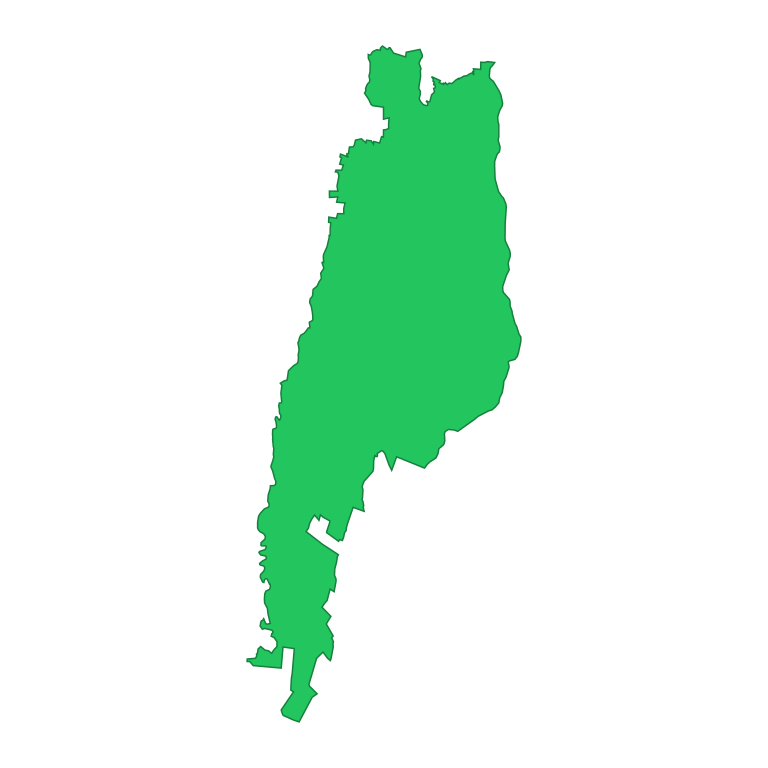 the district of Tuxtla Chico, Chiapas, Mexico
{"feature_id": "50627088B6965194159018", "entity_name": "Tuxtla Chico", "entity_type": "district", "adm_level": 2, "iso_a3": "MEX", "parent_name": "Mexico", "parent_adm1": "Chiapas", "projection": "equal_earth", "projection_center": [-92.217, 14.877], "detail": "fine", "context": "isolated", "style": "filled", "palette": "green", "viewbox_px": 768, "rotation_deg": 0, "n_neighbors": 0, "source": "geoboundaries", "source_scale": "gbopen_adm2", "svg_char_len": 6038}
<svg xmlns="http://www.w3.org/2000/svg" viewBox="0 0 768 768"><path d="M494.7,62.5L487.6,61.6L484.8,62.4L480.8,62.2L480.7,69.4L473.4,68.8L473.9,71.0L473.1,71.8L473.8,73.6L473.6,75.1L472.5,72.1L471.9,73.2L470.3,73.5L466.6,75.8L463.9,76.1L458.9,79.0L458.7,78.3L455.9,80.0L452.0,83.5L449.1,83.1L447.2,84.6L445.4,82.7L444.8,83.7L443.4,83.2L443.2,84.3L439.3,82.5L440.3,80.6L432.1,76.9L431.9,77.4L433.2,78.8L433.1,81.4L434.0,81.8L434.2,82.4L433.6,84.2L433.8,84.8L434.8,84.6L435.2,86.1L435.2,87.8L433.6,88.4L434.5,92.0L431.6,94.8L430.1,100.7L429.5,101.8L428.4,102.0L426.9,100.9L426.4,101.5L427.7,103.1L427.7,105.3L426.6,105.6L424.1,105.0L422.7,104.1L420.4,101.3L419.2,98.6L420.3,94.2L420.4,92.2L420.3,91.1L419.0,89.1L418.9,87.0L420.6,76.6L420.4,70.8L421.0,68.7L419.0,63.2L420.8,58.9L421.8,58.0L422.3,56.6L422.2,54.8L420.0,49.4L406.3,52.2L405.6,56.9L393.5,53.1L390.1,47.8L389.2,47.6L388.0,49.2L387.0,49.3L382.6,46.1L381.7,46.6L380.4,48.3L380.3,50.3L377.0,49.7L373.6,51.1L372.2,52.2L370.6,54.9L369.5,55.1L368.3,54.5L368.3,58.2L370.2,62.5L370.0,72.2L369.0,75.9L369.8,80.0L369.3,82.2L367.7,83.8L366.6,85.6L365.6,88.6L365.8,90.9L364.5,93.1L368.8,99.5L371.0,104.4L372.8,105.7L383.5,107.2L383.5,119.2L389.1,117.9L388.6,123.4L388.6,128.5L386.3,129.5L383.5,129.9L383.4,137.2L381.6,136.6L379.6,143.0L373.8,141.5L373.4,144.1L371.2,140.8L366.5,140.2L366.0,142.9L361.4,138.8L355.5,140.1L354.2,145.4L353.0,146.9L349.4,147.0L348.5,153.6L347.0,153.6L346.7,154.8L347.8,156.6L348.7,157.2L340.5,154.1L339.9,156.9L341.5,157.9L339.7,164.2L343.4,165.0L341.7,170.2L336.0,170.1L335.4,171.9L337.7,172.1L339.0,175.7L337.0,186.0L337.8,191.2L329.4,191.1L329.5,197.5L337.8,196.9L336.6,202.2L345.1,203.0L343.7,208.4L343.8,213.7L337.6,213.6L336.5,218.3L328.8,217.1L328.6,222.3L330.8,222.8L330.2,228.2L330.1,235.5L329.1,235.5L329.2,237.4L327.0,246.8L323.6,254.5L323.3,256.4L323.6,262.5L322.4,262.3L322.0,262.7L323.7,267.6L323.6,268.7L320.7,273.2L321.3,277.6L321.1,279.0L319.1,281.7L317.1,286.1L313.1,289.4L312.6,295.4L311.9,296.9L310.3,298.6L309.8,301.1L309.7,302.7L311.3,306.5L312.3,311.9L312.8,316.2L312.8,319.4L312.3,320.6L309.3,322.2L309.9,327.8L308.3,327.9L305.4,331.9L303.9,333.5L301.3,334.8L300.5,335.6L299.4,338.2L298.7,341.3L297.9,342.7L298.8,347.6L299.0,350.7L298.2,354.5L298.4,358.2L298.0,362.3L296.8,363.7L293.7,365.6L288.5,370.6L287.1,380.1L284.3,380.8L280.3,383.2L281.9,385.3L280.9,393.3L281.7,401.8L281.2,402.9L279.3,403.0L278.7,405.9L279.3,408.8L279.4,412.1L279.7,413.7L280.8,415.2L280.8,417.4L279.6,420.1L278.9,419.9L277.0,416.9L276.1,416.7L275.5,417.5L275.1,419.2L276.1,422.4L276.6,426.7L276.1,428.1L273.0,429.2L272.7,429.9L272.5,434.6L272.9,438.2L272.6,438.9L273.3,446.7L273.8,448.5L273.3,454.7L273.8,456.5L272.9,460.4L271.0,465.9L271.0,467.2L272.6,470.7L274.5,478.1L275.9,481.5L275.7,483.8L275.5,484.6L273.9,485.6L270.4,485.7L270.2,488.5L268.2,495.0L267.8,500.5L268.0,501.9L269.2,503.9L268.9,506.4L268.1,507.3L264.5,508.8L260.5,513.1L258.6,516.1L257.6,522.2L257.6,528.0L258.3,529.7L260.0,531.7L263.7,533.7L265.4,536.5L264.9,539.2L261.1,542.6L260.9,545.2L261.7,545.9L265.4,545.8L266.3,546.6L265.9,548.2L264.9,549.6L259.5,551.5L259.0,552.4L259.6,553.7L261.0,555.1L265.6,556.0L266.3,557.4L266.2,558.6L265.6,559.3L262.7,560.8L259.6,563.4L259.8,564.6L260.5,565.1L263.4,565.9L264.5,566.9L264.7,568.6L263.9,571.0L260.6,574.4L260.3,577.1L262.5,581.9L263.4,582.4L263.9,582.5L264.3,580.4L265.1,579.0L266.2,578.7L267.3,579.2L269.5,584.2L270.1,584.2L270.4,586.6L269.6,589.3L265.8,591.2L264.8,593.7L264.4,598.8L264.6,603.0L267.4,608.3L267.9,613.2L270.2,623.4L267.7,624.1L266.2,624.0L265.2,622.4L263.7,618.7L262.7,620.3L261.5,620.8L260.9,621.7L260.1,626.0L262.3,629.2L264.9,628.5L272.0,630.2L272.8,631.6L272.9,632.9L271.8,633.6L271.2,636.3L274.1,637.5L277.0,641.7L276.9,646.7L273.9,649.8L271.7,653.3L268.5,650.8L265.0,650.1L260.7,646.5L258.1,649.0L257.3,653.7L256.5,654.1L256.7,656.1L255.5,658.3L247.3,659.0L247.1,661.5L249.9,661.6L253.2,665.6L281.2,668.1L283.0,647.0L294.3,648.6L292.2,673.5L291.4,678.2L290.8,690.1L293.5,691.9L281.3,709.8L281.3,710.5L282.7,714.6L283.4,715.5L293.4,720.0L299.1,721.9L312.2,697.2L317.1,693.8L309.5,686.2L308.9,684.5L316.6,658.3L323.0,652.1L327.6,658.3L330.3,660.6L330.9,659.3L333.2,647.1L333.0,643.6L333.5,641.8L331.6,637.8L333.2,636.0L326.3,624.0L330.9,616.4L322.0,607.2L324.4,603.6L327.1,600.5L330.1,589.1L334.1,591.7L336.0,581.5L336.0,578.9L334.5,575.3L334.8,568.8L336.5,562.5L337.3,556.8L338.4,554.7L322.6,544.4L306.1,531.6L308.4,528.1L309.6,523.4L311.7,519.1L314.6,515.1L319.0,520.3L320.4,514.9L322.9,517.1L329.8,520.9L329.6,522.9L326.8,531.1L326.6,532.6L338.6,541.3L339.6,539.6L342.4,540.5L343.7,536.9L344.6,532.6L346.1,530.6L346.5,527.2L347.5,523.7L353.1,507.4L364.1,511.3L363.2,507.2L363.6,506.1L363.6,504.7L362.9,501.4L362.0,499.5L362.5,497.7L362.9,491.1L362.9,489.2L362.3,487.8L362.4,485.6L364.1,481.3L372.9,471.4L373.5,468.7L373.7,460.7L374.8,455.6L376.1,456.6L377.0,456.6L377.5,455.9L377.2,453.6L381.8,450.6L383.3,451.5L385.0,453.8L389.2,465.4L391.7,470.3L396.6,456.8L424.5,468.1L427.5,464.1L429.6,462.1L436.0,457.9L438.0,453.6L438.9,448.7L443.2,445.1L444.2,443.5L444.8,440.6L444.4,433.4L445.3,431.5L448.2,429.5L453.7,429.9L457.8,431.3L474.6,419.3L478.0,416.4L488.4,411.0L492.1,409.8L495.6,406.7L498.8,402.8L499.7,397.8L502.2,392.8L503.5,385.5L503.8,381.4L506.1,377.0L509.0,367.7L509.0,365.8L508.4,363.1L508.5,361.8L509.2,361.0L514.9,359.4L517.3,356.3L518.4,352.9L520.8,341.5L520.9,337.1L519.0,334.0L516.6,326.3L515.0,323.5L512.3,313.5L512.0,311.0L510.1,306.0L510.1,302.1L509.5,299.4L503.4,292.5L502.8,290.4L502.7,286.5L506.4,275.4L509.2,269.8L508.1,263.4L510.2,256.3L510.2,253.0L509.6,250.3L505.3,240.9L505.0,237.9L505.2,223.1L506.3,206.9L505.8,203.7L503.4,198.0L501.7,196.3L498.5,191.4L495.1,179.0L494.6,166.2L494.7,161.2L497.1,154.3L499.4,151.8L500.0,148.2L500.0,146.6L498.1,140.2L498.8,136.8L498.8,124.4L498.0,121.5L497.7,116.8L499.7,110.4L502.3,105.7L502.6,103.2L500.9,95.0L499.2,91.1L493.3,81.3L489.8,78.4L489.3,76.0L489.9,69.0L490.7,67.3L492.4,65.7L494.7,62.5Z" fill="#22c55e" stroke="#15803d" stroke-width="1.5"/></svg>